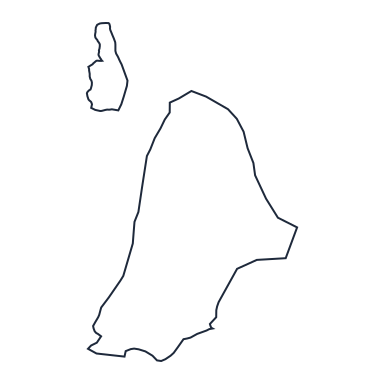 Onuimo, Imo, Nigeria
{"feature_id": "59680162B32871052171758", "entity_name": "Onuimo", "entity_type": "district", "adm_level": 2, "iso_a3": "NGA", "parent_name": "Nigeria", "parent_adm1": "Imo", "projection": "mercator", "projection_center": [7.204, 5.79], "detail": "fine", "context": "isolated", "style": "outline", "palette": "slate", "viewbox_px": 384, "rotation_deg": 0, "n_neighbors": 0, "source": "geoboundaries", "source_scale": "gbopen_adm2", "svg_char_len": 2023}
<svg xmlns="http://www.w3.org/2000/svg" viewBox="0 0 384 384"><path d="M191.4,91.0L178.8,98.5L169.8,102.6L169.7,112.5L164.8,119.5L160.5,128.4L154.7,138.2L150.3,149.4L146.9,156.0L142.1,187.0L138.4,212.0L134.5,221.8L133.9,229.2L132.8,243.5L123.3,275.9L120.4,280.6L108.9,297.3L101.2,307.5L100.6,309.6L99.2,314.9L98.2,317.2L95.4,321.9L93.1,326.0L93.6,328.4L94.7,331.3L96.2,333.0L97.9,333.9L101.1,336.3L96.8,342.7L91.1,345.5L88.0,348.8L96.5,353.5L124.5,356.6L125.7,351.1L130.8,349.1L134.1,348.6L138.6,349.3L145.4,351.4L152.5,355.7L157.0,360.4L161.2,361.0L165.4,359.2L170.6,355.7L173.7,352.9L177.7,347.4L183.5,339.2L187.1,338.5L190.5,337.6L197.2,333.9L206.6,330.5L209.3,329.1L212.6,328.5L211.2,327.7L210.4,325.7L209.9,324.0L216.2,317.2L216.3,310.2L217.1,306.5L218.6,302.2L237.1,268.8L256.8,259.9L285.7,258.2L297.1,227.4L277.9,217.7L266.0,198.6L255.1,175.3L253.4,163.0L247.6,148.2L243.6,131.7L236.8,118.8L228.0,109.2L206.1,96.6L191.4,91.0ZM91.2,107.9L93.8,109.2L95.2,109.9L100.2,111.0L101.7,110.9L105.5,109.9L107.1,109.6L109.3,109.7L111.9,109.3L118.3,110.4L121.3,104.3L123.7,96.8L126.9,85.9L127.5,80.6L121.6,64.4L120.4,62.1L119.2,59.6L118.2,57.3L117.3,55.6L116.5,54.3L116.0,53.2L115.4,50.9L115.4,44.5L115.2,42.2L113.8,38.4L112.6,35.6L111.4,32.6L110.3,30.0L110.0,28.6L110.1,26.8L109.8,25.4L109.4,24.0L108.6,23.1L105.8,23.0L101.8,23.2L99.8,23.5L97.2,24.8L96.3,26.5L95.8,27.7L95.7,29.4L95.5,30.4L95.6,31.8L95.2,33.8L95.0,35.4L95.4,37.6L96.2,38.7L97.3,40.0L97.8,41.2L98.6,42.2L99.4,43.4L99.8,44.4L99.8,46.2L99.5,48.5L98.9,50.4L99.1,51.7L98.7,53.4L98.5,54.5L98.7,55.5L99.4,56.7L100.2,58.1L101.0,59.2L101.3,59.8L101.7,60.4L102.1,60.8L101.5,60.9L100.0,60.9L98.9,60.8L97.7,60.7L96.9,60.7L96.4,60.8L95.7,61.3L94.9,62.0L94.1,62.7L93.1,63.5L92.7,64.2L88.4,66.8L89.1,69.1L89.1,70.5L89.7,73.8L89.7,76.5L90.3,78.9L91.4,80.6L91.9,82.5L91.8,85.1L91.0,88.1L90.5,89.5L89.1,90.3L87.9,91.5L87.2,92.4L86.9,93.3L87.1,94.4L87.4,96.2L88.5,99.5L89.4,100.5L90.8,101.6L91.3,102.3L92.0,104.3L91.2,107.9Z" fill="none" stroke="#1e293b" stroke-width="2"/></svg>